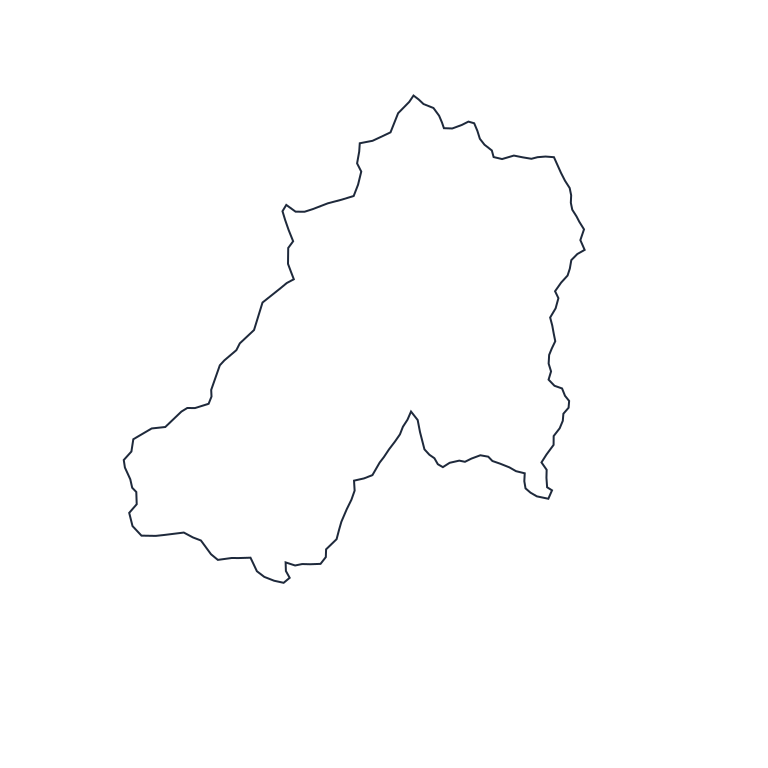 the district of Santo Antônio da Alegria, São Paulo, Brazil, rotated 226°
{"feature_id": "56859067B48567848315683", "entity_name": "Santo Antônio da Alegria", "entity_type": "district", "adm_level": 2, "iso_a3": "BRA", "parent_name": "Brazil", "parent_adm1": "São Paulo", "projection": "mercator", "projection_center": [-47.205, -21.083], "detail": "fine", "context": "isolated", "style": "outline", "palette": "slate", "viewbox_px": 768, "rotation_deg": 226, "n_neighbors": 0, "source": "geoboundaries", "source_scale": "gbopen_adm2", "svg_char_len": 2386}
<svg xmlns="http://www.w3.org/2000/svg" viewBox="0 0 768 768"><g transform="rotate(226 384 384)"><path d="M511.5,278.9L499.8,255.6L494.8,251.2L491.6,244.1L498.0,231.3L503.4,225.8L504.9,219.1L505.0,196.8L513.4,186.0L518.4,165.3L510.9,155.4L510.1,144.0L503.9,139.6L491.7,135.3L484.3,130.8L478.4,130.8L469.3,122.6L468.3,111.2L456.5,104.4L443.4,104.2L433.3,114.3L428.1,121.0L416.2,136.8L406.3,140.0L398.6,143.6L381.7,141.3L372.9,142.3L364.7,153.5L359.7,158.6L351.8,167.3L345.8,165.3L337.6,162.5L328.4,163.9L318.8,168.3L310.7,173.7L310.1,181.5L317.6,183.5L324.0,189.3L315.2,194.0L311.3,200.1L305.7,205.6L298.7,213.4L299.9,221.9L305.3,227.5L305.3,242.1L310.4,250.5L314.5,257.6L319.8,270.2L323.4,280.2L327.7,288.8L335.3,295.3L330.0,304.0L326.5,312.4L330.5,326.3L331.5,333.1L333.5,342.2L335.0,352.0L336.7,360.5L340.1,367.9L342.0,376.1L345.4,384.3L334.7,383.2L324.4,376.5L308.9,367.7L301.6,367.5L295.6,368.7L288.9,367.0L283.3,368.6L281.7,376.5L276.6,384.9L271.8,388.2L269.6,395.1L265.8,403.8L259.3,408.5L253.3,408.5L246.0,412.2L236.9,416.3L229.6,418.4L222.0,423.2L216.6,417.4L210.6,413.3L204.1,413.9L197.0,415.9L187.3,422.5L190.8,431.0L196.4,429.6L203.7,435.7L209.3,441.4L218.2,442.8L220.4,451.9L222.4,463.7L228.7,469.9L230.1,479.6L233.3,487.0L238.0,492.4L238.7,500.3L243.2,505.4L249.8,506.0L257.1,509.0L264.3,505.4L272.8,505.4L277.0,512.9L284.3,516.6L290.2,523.0L293.0,529.4L295.8,536.9L302.5,541.2L309.1,545.6L316.4,549.7L319.2,560.0L324.6,569.1L331.9,571.5L333.9,581.9L334.5,591.4L337.9,597.8L343.0,604.8L343.2,613.4L341.1,621.5L351.1,625.2L356.3,635.3L365.1,637.2L370.8,638.9L378.6,640.5L384.6,644.3L389.7,649.7L396.0,653.7L404.5,655.4L413.0,658.0L429.1,663.8L435.4,658.2L440.5,652.0L443.6,646.5L450.6,641.3L458.1,636.1L463.8,625.2L471.1,620.5L477.1,623.8L486.3,622.5L493.8,623.3L501.2,627.0L508.9,630.0L514.1,627.0L516.3,619.9L520.4,610.6L526.4,604.8L531.7,607.3L538.7,610.0L548.2,611.3L557.9,606.9L564.6,606.6L571.0,605.6L569.4,598.1L569.0,582.3L560.5,563.5L563.9,553.4L566.9,544.7L570.3,539.5L574.0,533.8L568.4,527.6L561.4,517.9L552.6,515.2L545.4,503.8L540.3,492.8L546.0,481.6L553.0,469.1L559.3,454.2L563.1,446.5L569.4,440.1L580.7,438.1L578.8,431.0L570.8,426.9L561.1,422.4L549.8,417.8L548.4,409.6L537.1,398.4L529.3,395.0L522.0,391.9L524.2,384.1L524.8,376.1L527.0,353.2L513.1,328.0L513.4,308.5L510.9,301.3L511.9,285.6L511.5,278.9Z" fill="none" stroke="#1e293b" stroke-width="2"/></g></svg>